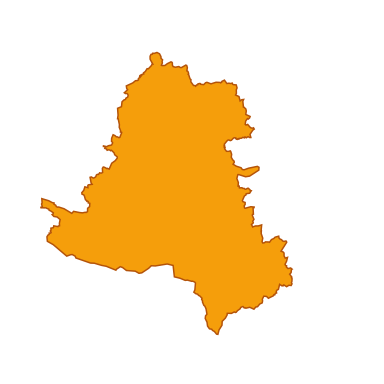 outline of Roscrea-Templemore Lea-4, North Tipperary, Ireland, rotated 117°
{"feature_id": "5873133B40874438019884", "entity_name": "Roscrea-Templemore Lea-4", "entity_type": "district", "adm_level": 2, "iso_a3": "IRL", "parent_name": "Ireland", "parent_adm1": "North Tipperary", "projection": "mercator", "projection_center": [-7.88, 52.84], "detail": "fine", "context": "isolated", "style": "filled", "palette": "amber", "viewbox_px": 384, "rotation_deg": 117, "n_neighbors": 0, "source": "geoboundaries", "source_scale": "gbopen_adm2", "svg_char_len": 6012}
<svg xmlns="http://www.w3.org/2000/svg" viewBox="0 0 384 384"><g transform="rotate(117 192 192)"><path d="M87.2,289.9L88.0,291.0L90.0,291.0L91.8,290.1L92.8,289.5L95.8,285.1L96.0,285.7L97.5,285.5L102.0,286.8L102.5,288.0L105.8,288.3L107.9,289.3L108.7,288.6L109.6,289.6L112.2,290.1L111.0,290.7L112.0,291.3L113.9,290.8L115.7,291.2L116.2,290.6L117.3,291.0L118.5,292.9L121.7,294.3L127.3,298.7L129.4,297.2L130.1,295.8L134.3,297.4L134.5,295.9L133.7,294.5L133.9,293.9L134.8,292.8L136.7,292.4L138.4,293.5L139.7,293.3L141.0,294.5L143.4,295.3L148.0,293.6L151.2,296.3L157.2,292.7L160.5,291.6L160.3,291.0L164.9,287.3L167.4,286.2L169.8,283.5L171.1,283.0L170.7,281.9L171.0,281.6L176.1,281.1L176.8,281.8L176.7,283.3L177.2,284.5L176.7,286.2L176.8,288.3L180.6,288.0L183.4,286.7L183.9,285.3L184.4,285.0L186.7,285.0L188.8,287.6L190.3,288.5L191.1,291.8L191.6,291.6L191.3,291.0L191.5,289.7L192.7,289.5L192.3,288.7L192.9,287.6L192.6,287.4L193.3,286.5L192.4,285.7L191.9,284.2L192.2,283.3L191.4,282.6L192.5,279.2L193.9,277.8L194.6,274.6L195.7,274.0L198.9,274.6L202.8,276.6L209.2,276.2L209.4,278.3L209.8,278.5L209.7,281.1L210.0,282.4L211.6,282.6L215.2,280.5L216.5,281.5L216.8,283.0L218.8,283.3L219.3,284.4L220.2,284.9L222.3,284.7L223.9,285.7L224.4,286.3L224.3,288.6L225.2,289.5L229.6,286.1L230.5,284.5L232.7,287.6L233.4,287.8L235.4,286.7L236.0,289.8L239.6,289.2L242.6,289.9L243.9,289.0L243.7,287.2L244.4,286.1L247.3,283.4L247.4,282.4L248.0,281.5L247.6,281.2L247.7,280.1L248.8,279.6L248.5,277.9L251.5,276.6L253.9,277.6L256.9,276.2L258.4,277.1L258.5,277.9L260.3,280.1L261.4,283.0L263.0,288.7L265.6,289.4L265.0,298.4L265.9,304.0L266.5,304.7L266.6,306.3L265.7,307.3L265.5,309.5L264.4,309.9L264.9,311.7L264.8,315.6L266.1,322.8L269.8,320.6L271.0,320.6L273.2,318.6L274.2,319.7L274.6,319.4L272.4,314.8L272.5,313.2L272.2,311.9L273.2,310.9L273.0,309.7L273.5,306.1L274.7,305.8L275.6,306.4L276.5,304.0L275.5,300.8L276.4,297.0L280.0,296.0L282.2,294.7L283.0,295.7L283.7,295.7L284.9,299.8L286.7,299.3L288.3,301.3L290.0,300.3L291.1,300.6L291.8,299.3L292.2,299.1L292.9,299.4L293.4,300.6L294.6,300.0L295.8,300.8L297.8,300.9L301.6,298.5L301.9,291.8L306.0,274.5L303.0,271.7L302.1,270.3L302.2,267.0L303.5,265.5L301.4,250.2L299.8,246.7L298.4,239.2L297.1,234.7L296.2,224.3L295.2,224.3L291.1,222.0L290.8,219.6L291.7,214.8L288.3,206.6L288.5,202.4L286.8,200.0L279.7,196.0L276.2,194.8L274.5,191.1L267.4,181.4L266.0,175.5L275.6,169.2L274.3,163.7L273.8,157.9L272.6,156.1L271.7,151.7L271.2,151.0L271.0,148.8L271.5,147.6L277.9,145.0L280.4,144.9L280.9,142.5L280.5,140.5L281.2,139.2L281.0,138.2L282.1,134.9L283.4,134.6L284.2,133.2L285.3,132.7L287.6,130.0L287.9,128.7L289.7,126.5L294.1,123.2L296.2,123.7L298.7,122.8L301.2,119.5L304.4,117.3L306.0,114.3L305.3,112.1L306.0,111.0L306.1,108.7L307.5,105.6L307.1,104.3L302.6,105.3L297.1,104.8L293.5,106.4L289.2,105.0L285.6,104.9L284.1,105.5L282.2,101.7L279.7,99.9L279.7,98.7L279.0,98.0L277.1,97.6L274.2,96.1L272.8,96.2L271.2,95.0L270.9,94.5L271.6,92.8L271.0,92.1L271.1,91.3L268.5,88.2L268.3,83.6L265.6,83.0L264.4,81.5L261.1,80.8L258.9,79.1L256.9,79.7L255.6,80.7L252.2,80.7L251.2,78.1L252.0,75.7L247.6,72.4L246.3,72.4L246.1,71.6L244.3,71.7L243.6,70.8L242.1,71.9L240.4,71.6L239.6,70.8L234.5,72.0L234.8,69.4L234.3,68.9L234.4,68.3L233.1,68.0L233.4,64.7L231.1,63.3L230.3,61.2L228.4,61.2L227.8,62.2L226.3,62.4L223.8,63.5L223.2,64.5L222.5,64.4L220.9,67.7L218.9,67.1L215.9,68.2L215.3,67.8L214.9,69.6L216.6,71.7L216.1,73.7L214.8,74.2L215.0,75.3L214.1,76.3L210.8,76.3L206.9,77.2L208.6,78.9L207.2,80.9L204.6,82.3L204.1,83.4L204.3,85.8L193.8,84.8L193.0,85.6L193.2,86.4L194.2,87.5L194.5,89.0L193.8,90.6L194.0,92.0L193.5,93.6L192.0,94.7L194.6,97.5L196.3,98.0L198.3,99.6L201.6,100.1L201.7,100.9L203.1,103.9L204.4,104.5L205.3,105.7L204.5,107.0L201.0,108.0L197.6,111.5L195.3,112.5L195.5,112.7L189.7,115.0L192.1,117.5L193.5,120.1L195.6,122.1L193.9,124.3L192.3,123.5L191.5,123.5L190.5,124.6L188.2,124.4L185.4,127.7L184.5,127.9L183.9,127.2L178.4,130.4L177.8,129.6L177.2,129.8L178.4,132.9L182.4,137.3L182.3,138.0L180.7,139.2L179.0,139.0L177.2,139.9L177.5,142.4L176.8,143.2L171.8,143.5L170.1,142.6L168.9,142.9L166.9,140.1L164.0,139.8L164.3,140.6L164.0,140.6L163.1,143.4L163.5,144.2L165.1,145.3L165.4,146.0L165.1,147.1L165.7,148.4L165.5,149.4L166.8,151.6L165.3,152.7L165.8,153.6L162.5,155.0L159.6,158.2L155.7,159.0L155.2,158.0L154.1,151.2L151.7,147.9L142.2,142.4L139.6,143.5L139.5,145.4L145.1,152.4L148.6,155.7L149.1,157.4L148.1,159.3L148.9,164.2L148.6,168.0L146.4,167.8L145.4,168.5L144.8,170.4L143.2,172.8L140.4,173.8L138.2,176.0L138.0,176.7L138.9,177.4L140.1,179.7L138.7,182.5L137.7,182.6L137.6,183.2L137.1,183.0L136.6,183.6L137.1,183.8L136.3,184.3L136.2,183.8L134.7,184.9L129.8,183.8L128.9,182.8L128.9,181.3L128.0,180.4L125.1,179.5L124.2,178.5L124.0,177.4L124.6,177.2L124.8,176.3L124.2,175.8L124.4,175.3L123.5,174.8L123.7,174.5L123.2,174.0L122.7,174.1L121.6,172.3L120.2,171.5L120.0,170.0L119.3,170.1L119.2,169.3L118.8,169.2L119.0,168.2L117.2,167.2L117.3,165.4L116.7,164.3L114.3,166.5L109.3,165.9L107.7,165.1L106.9,166.3L107.4,166.6L108.1,168.4L108.0,169.4L106.5,173.1L107.8,174.3L107.6,175.3L104.3,176.4L101.4,175.9L101.5,175.0L99.8,174.3L98.3,174.5L98.5,179.3L95.2,180.4L93.6,181.7L92.8,184.3L93.0,184.7L88.1,187.9L86.1,188.0L87.2,189.6L89.0,190.5L85.6,193.5L85.8,197.2L84.0,197.2L80.9,198.9L78.8,199.1L76.5,201.2L77.6,204.0L77.5,204.7L76.7,205.6L77.8,206.8L78.3,208.5L79.5,210.2L77.6,213.9L79.9,215.6L80.7,215.4L81.7,216.0L81.5,216.4L83.3,220.4L87.0,224.2L87.5,228.5L88.5,229.5L91.0,230.3L92.1,233.2L91.6,233.7L91.8,234.4L93.0,235.8L93.9,235.6L94.5,236.5L96.1,236.8L95.8,237.6L96.4,239.0L94.3,243.1L92.3,244.0L92.1,245.1L88.9,248.3L88.8,248.9L88.0,248.8L86.8,249.9L86.3,250.8L86.4,251.6L83.3,252.6L81.7,254.1L81.9,254.7L81.7,255.1L85.9,257.9L86.4,258.9L86.2,260.7L88.4,263.5L88.8,265.8L87.8,267.1L85.9,268.1L85.5,268.8L85.6,269.8L88.9,272.3L91.5,273.5L93.0,276.1L93.0,276.8L90.4,277.0L89.3,277.9L87.6,278.2L87.0,280.2L85.4,281.2L83.6,283.7L83.6,286.6L85.4,288.3L86.3,290.1L87.2,289.9Z" fill="#f59e0b" stroke="#b45309" stroke-width="1.5"/></g></svg>